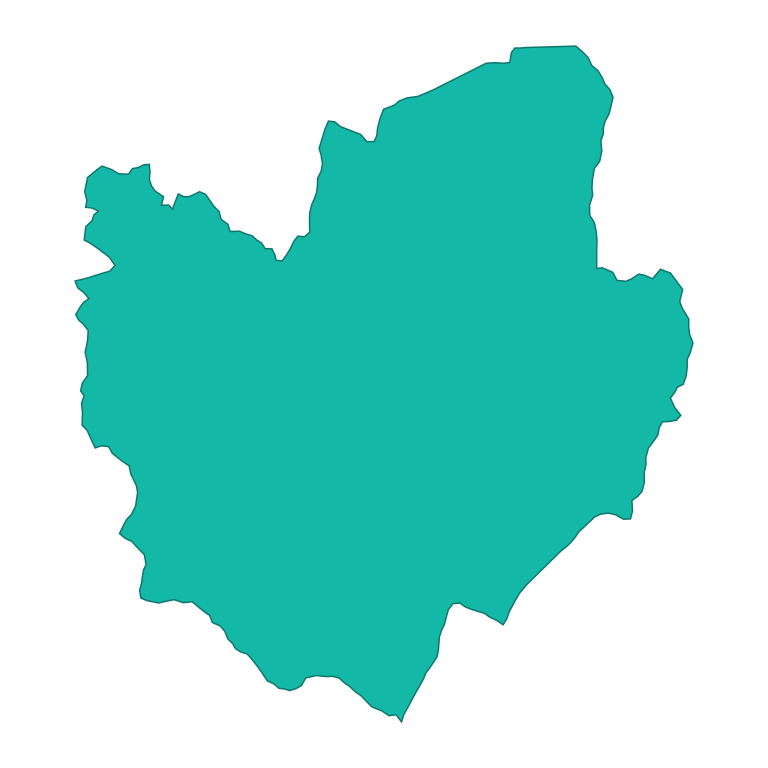 Olímpia, São Paulo, Brazil
{"feature_id": "56859067B84297955645286", "entity_name": "Olímpia", "entity_type": "district", "adm_level": 2, "iso_a3": "BRA", "parent_name": "Brazil", "parent_adm1": "São Paulo", "projection": "robinson", "projection_center": [-48.975, -20.708], "detail": "fine", "context": "isolated", "style": "filled", "palette": "teal", "viewbox_px": 768, "rotation_deg": 0, "n_neighbors": 0, "source": "geoboundaries", "source_scale": "gbopen_adm2", "svg_char_len": 3789}
<svg xmlns="http://www.w3.org/2000/svg" viewBox="0 0 768 768"><path d="M96.6,170.0L87.6,177.5L84.7,191.5L86.9,200.6L85.6,207.3L92.0,208.0L98.5,211.0L94.0,214.8L92.0,220.8L85.8,226.6L84.2,240.0L90.3,243.3L97.9,248.5L109.3,257.2L115.0,265.4L109.6,271.3L104.0,272.8L95.2,275.5L89.6,277.4L83.0,279.1L75.1,281.0L77.7,287.8L83.6,292.4L88.9,298.6L83.3,302.6L79.6,308.0L75.7,314.6L78.8,320.2L83.0,323.8L88.2,330.5L87.6,340.0L86.5,346.0L85.1,352.3L87.3,362.1L87.6,375.6L82.2,383.3L80.6,390.9L84.2,395.7L81.6,403.2L82.5,413.0L82.2,419.2L82.2,425.3L87.1,430.3L90.7,438.4L95.2,447.9L101.2,445.9L108.5,446.5L112.4,453.4L122.3,461.3L129.1,465.8L130.8,474.0L133.6,479.8L136.4,485.6L137.6,492.5L136.5,500.0L135.6,506.2L131.3,514.6L126.6,519.5L122.9,526.6L119.5,533.6L125.5,538.5L131.7,541.4L136.5,546.6L144.3,554.7L146.1,564.5L143.6,569.7L142.5,575.9L141.6,582.8L139.6,590.5L140.9,598.1L147.2,600.7L158.8,603.0L167.2,601.0L174.2,599.7L183.4,602.7L192.1,601.7L199.4,607.8L204.8,612.1L209.6,615.4L212.4,622.5L220.3,626.1L224.8,631.3L227.9,639.1L232.4,643.3L235.6,648.7L241.2,652.2L247.1,653.9L252.2,659.7L257.1,665.9L262.4,673.4L267.2,680.8L274.2,684.1L279.0,688.3L284.7,689.0L289.7,690.6L295.9,688.7L301.3,685.7L305.8,677.9L316.4,675.6L326.5,676.6L332.3,676.3L338.9,677.9L344.7,683.1L349.2,686.1L355.8,692.2L361.1,695.8L367.7,702.7L371.9,706.9L376.7,708.8L381.8,710.9L389.2,715.7L396.1,714.7L401.5,721.9L403.8,714.7L409.2,704.9L412.3,698.8L415.0,693.9L419.0,687.1L423.3,679.3L426.0,672.8L430.0,667.5L437.1,656.8L438.4,649.9L439.4,637.2L441.3,630.8L444.5,624.2L446.7,615.6L448.3,609.8L452.9,603.7L459.7,603.0L465.6,607.1L472.9,609.8L484.8,613.5L489.4,617.0L496.4,620.2L503.1,624.8L506.7,619.0L509.7,610.8L515.2,600.7L519.5,593.2L527.1,584.2L561.1,550.8L567.0,546.2L571.4,541.8L575.2,537.2L579.0,531.6L587.6,523.7L594.7,516.9L600.8,514.1L608.2,513.1L615.2,514.6L623.5,519.2L630.5,518.9L632.5,511.0L631.9,500.6L637.8,496.2L641.9,491.6L644.3,482.7L644.3,472.3L646.0,464.4L645.8,457.7L648.4,448.2L654.7,439.7L657.9,434.8L659.2,427.7L662.4,421.8L669.3,421.5L676.5,420.2L680.8,415.3L674.5,407.2L670.4,398.0L674.2,393.2L677.4,387.2L683.2,384.3L686.2,375.9L687.2,367.1L687.2,359.3L690.4,352.4L692.9,342.9L689.5,334.2L688.7,326.4L688.8,319.2L685.6,313.6L682.5,308.8L679.7,301.5L682.7,289.6L675.7,280.1L670.4,273.0L660.5,269.3L652.6,278.8L644.7,275.3L638.7,274.1L631.7,278.8L626.0,281.3L616.9,280.3L612.8,272.3L602.3,267.8L596.7,268.4L596.7,259.1L596.7,249.7L597.0,240.0L596.1,231.2L594.4,222.7L589.7,215.2L589.6,205.2L592.7,195.0L591.9,188.2L592.5,178.8L594.4,168.3L599.6,161.5L601.8,151.0L600.9,140.7L603.2,134.4L603.5,127.2L605.2,121.1L609.2,113.6L611.4,104.4L613.0,97.2L610.0,89.8L604.7,83.7L602.6,78.3L598.1,70.8L591.6,65.3L588.3,57.8L582.0,51.3L575.8,46.1L526.7,47.5L520.3,48.0L514.9,48.0L511.4,52.6L509.8,62.5L503.5,63.3L495.1,62.7L486.0,63.3L479.9,66.4L432.7,90.1L417.9,96.4L406.9,97.9L398.8,101.2L394.5,105.1L383.5,109.3L379.8,119.3L377.5,128.6L376.8,135.7L374.1,141.6L366.8,141.6L360.6,134.4L351.2,130.8L340.5,126.6L334.6,121.8L328.4,121.1L325.0,129.1L323.1,135.5L319.1,148.4L321.1,155.0L322.5,163.8L321.1,171.3L317.7,178.1L317.4,186.3L316.6,192.5L314.4,198.6L311.8,204.4L309.7,212.9L309.5,221.4L309.7,232.1L304.5,236.8L297.9,236.1L293.7,241.4L290.6,248.1L286.3,255.3L282.1,260.9L276.2,260.3L274.8,254.6L271.9,248.8L265.2,248.7L261.5,242.9L256.7,240.0L252.2,235.8L245.9,233.9L239.4,231.2L230.2,231.5L227.9,224.3L221.1,219.4L219.1,211.6L213.8,206.2L210.6,201.5L205.6,194.4L199.6,191.7L193.8,194.6L188.9,196.7L183.8,196.7L178.3,194.0L175.3,201.5L172.5,209.1L168.6,205.0L161.5,205.4L163.5,196.7L154.8,190.8L151.3,185.5L149.4,179.1L150.0,172.5L149.3,164.4L144.0,164.7L138.1,167.6L132.4,168.6L128.5,174.2L118.6,173.8L111.8,169.6L102.0,166.1L96.6,170.0Z" fill="#14b8a6" stroke="#0f766e" stroke-width="1.5"/></svg>